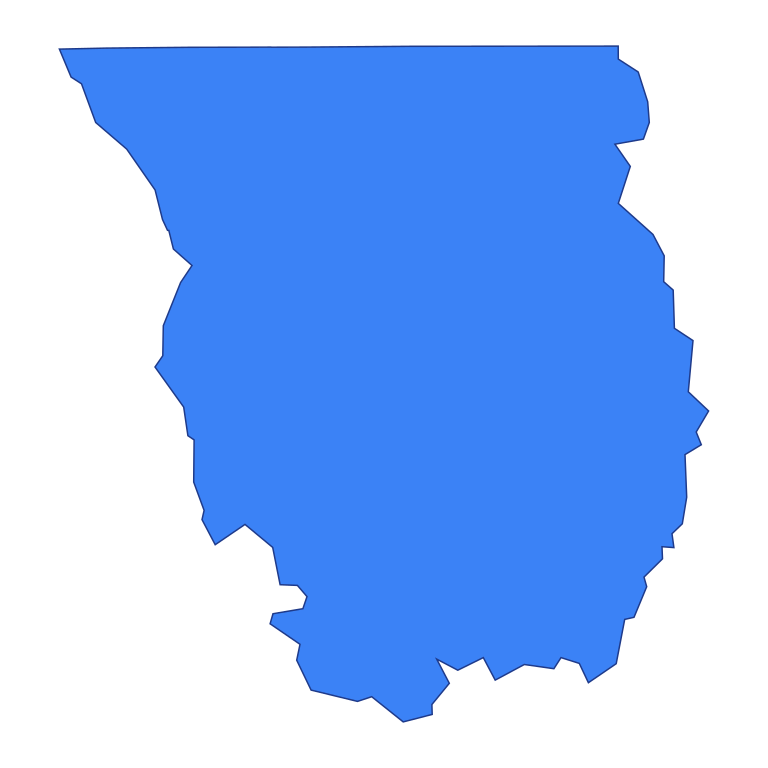 Cache, Utah, United States of America (Natural Earth projection)
{"feature_id": "52423323B21224968054830", "entity_name": "Cache", "entity_type": "district", "adm_level": 2, "iso_a3": "USA", "parent_name": "United States of America", "parent_adm1": "Utah", "projection": "natural_earth1", "projection_center": [-111.756, 41.684], "detail": "fine", "context": "isolated", "style": "filled", "palette": "blue", "viewbox_px": 768, "rotation_deg": 0, "n_neighbors": 0, "source": "geoboundaries", "source_scale": "gbopen_adm2", "svg_char_len": 1215}
<svg xmlns="http://www.w3.org/2000/svg" viewBox="0 0 768 768"><path d="M618.2,46.1L420.9,46.3L411.5,46.3L304.6,47.1L271.3,47.2L271.1,47.1L246.3,47.2L189.2,47.3L106.4,48.1L60.1,49.1L59.4,49.1L71.1,77.1L81.5,83.8L95.7,122.5L126.7,149.1L155.1,190.0L162.5,219.5L167.5,230.3L167.8,230.4L168.0,230.4L168.6,230.4L168.8,230.4L173.4,249.0L192.0,265.5L180.6,282.5L163.3,325.7L162.8,355.7L155.0,367.0L183.7,407.1L187.9,435.7L194.1,439.9L193.7,482.1L204.1,510.4L202.0,519.6L215.2,544.7L245.0,524.4L272.7,547.4L280.1,584.7L297.4,585.4L307.0,596.6L302.9,608.7L273.0,613.7L270.1,623.8L300.0,644.3L296.7,660.2L311.1,690.1L357.5,701.4L371.7,696.7L403.2,721.9L432.2,714.4L431.9,704.5L449.3,683.3L436.7,659.1L457.8,670.2L483.3,657.6L495.2,680.1L524.3,664.5L553.9,668.7L561.0,657.6L579.3,663.4L588.4,682.7L616.2,663.7L624.7,619.4L634.0,617.3L646.7,586.7L644.0,577.1L662.5,558.8L662.0,546.7L673.9,547.6L672.0,533.7L682.3,523.8L686.7,497.2L685.0,454.6L701.3,444.7L696.2,432.0L708.6,411.0L688.3,391.8L693.0,340.6L674.4,328.3L673.2,290.1L663.7,281.7L664.2,255.8L653.0,234.5L618.3,203.4L630.3,166.4L614.9,144.2L643.4,139.1L649.3,122.5L647.7,101.8L638.2,72.0L618.3,59.1L618.2,46.1Z" fill="#3b82f6" stroke="#1e3a8a" stroke-width="1.5"/></svg>